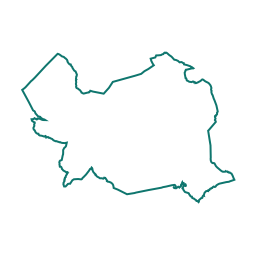 outline of Paracho, Michoacán, Mexico, rotated 344°
{"feature_id": "50627088B94256811005465", "entity_name": "Paracho", "entity_type": "district", "adm_level": 2, "iso_a3": "MEX", "parent_name": "Mexico", "parent_adm1": "Michoacán", "projection": "natural_earth1", "projection_center": [-102.089, 19.654], "detail": "fine", "context": "isolated", "style": "outline", "palette": "teal", "viewbox_px": 256, "rotation_deg": 344, "n_neighbors": 0, "source": "geoboundaries", "source_scale": "gbopen_adm2", "svg_char_len": 5754}
<svg xmlns="http://www.w3.org/2000/svg" viewBox="0 0 256 256"><g transform="rotate(344 128 128)"><path d="M216.0,207.1L216.0,206.7L215.8,206.4L215.4,202.5L214.9,200.3L213.8,199.4L213.5,198.7L212.6,198.6L212.2,197.9L211.9,198.0L211.7,197.9L211.5,197.2L211.2,197.0L210.0,196.8L209.9,196.6L209.7,196.8L208.1,196.5L206.8,196.0L205.6,194.6L202.8,190.4L202.0,188.8L201.4,185.9L200.8,185.3L200.2,185.3L199.6,185.0L199.1,184.4L198.7,183.6L198.6,182.2L198.9,180.5L199.4,179.2L202.5,167.5L204.3,152.7L205.2,152.2L214.1,146.3L214.1,145.3L213.7,144.4L213.9,143.9L214.7,143.2L214.7,142.6L214.6,141.7L214.7,141.0L215.1,140.4L216.0,140.5L216.3,139.8L216.7,139.8L217.4,139.3L217.6,138.8L217.7,138.0L218.1,137.5L218.6,137.2L218.8,136.9L219.2,130.7L218.8,125.4L218.5,123.3L218.4,119.7L218.1,119.0L218.0,117.1L218.1,116.2L218.6,115.4L218.4,114.2L218.7,113.3L219.2,112.6L219.2,110.9L219.0,109.6L218.1,107.4L217.5,106.6L215.3,104.6L214.8,104.0L213.7,102.4L213.1,101.9L212.7,101.8L210.8,102.7L209.3,103.1L208.3,103.2L208.0,103.4L206.0,103.6L205.8,103.4L205.1,103.4L205.1,102.7L204.9,102.4L204.1,102.4L204.0,101.7L203.3,101.2L201.8,101.4L199.6,100.4L198.2,98.9L197.7,98.6L197.6,98.3L197.7,96.8L197.6,96.5L197.4,96.3L197.4,96.0L197.1,95.9L197.5,91.6L197.8,90.3L198.6,89.5L198.9,88.8L199.3,88.5L199.6,88.0L199.9,87.9L200.4,88.1L205.7,88.3L206.5,88.4L206.9,88.7L207.3,88.6L206.0,86.9L205.4,86.6L205.0,85.9L201.9,83.7L199.4,82.3L199.5,81.1L199.0,80.9L197.8,79.5L197.4,79.3L195.7,79.1L194.5,77.2L194.0,76.8L192.8,75.8L191.3,75.1L189.7,71.8L188.9,70.6L187.9,69.5L186.4,67.1L185.7,66.2L185.2,66.1L184.7,66.2L184.3,65.7L183.9,65.7L183.0,66.1L182.3,66.7L181.3,66.6L179.8,67.0L177.1,66.5L175.1,66.0L173.7,67.7L168.9,67.6L168.9,69.9L169.5,73.1L170.1,74.8L163.8,76.9L159.5,77.9L155.6,79.6L149.0,79.7L126.1,79.5L120.8,84.1L114.1,88.3L104.3,83.3L102.0,81.8L100.8,82.9L100.3,82.7L99.9,83.0L98.6,82.8L94.9,82.7L93.9,82.0L93.0,81.0L93.1,80.6L92.2,78.3L91.4,77.4L90.8,76.4L89.6,75.4L89.4,74.1L90.0,73.2L90.0,71.8L90.2,70.9L90.8,69.9L91.1,67.8L91.8,67.2L91.5,66.5L92.0,65.4L92.4,64.3L92.6,64.1L92.9,64.0L93.6,62.6L93.2,59.2L92.2,58.1L92.0,57.6L91.2,54.9L91.2,53.9L90.6,52.9L90.6,51.9L90.3,51.6L90.3,51.0L89.6,50.9L88.9,49.9L88.6,49.1L88.1,47.5L88.3,47.1L88.2,45.8L87.4,44.2L86.5,43.1L86.1,42.3L85.6,41.8L84.2,40.9L83.3,39.6L82.4,38.5L81.5,37.7L80.8,37.3L66.2,45.5L52.5,53.8L49.4,55.5L47.6,56.3L41.0,60.4L39.4,61.2L36.8,62.2L39.8,75.7L41.6,84.8L41.9,85.3L42.7,86.0L43.0,86.8L43.1,88.5L43.6,89.5L44.7,91.9L46.7,93.1L47.0,94.0L47.9,95.2L48.7,96.0L50.0,96.8L50.7,97.6L48.5,96.9L47.6,96.4L45.7,94.8L44.7,94.5L43.6,93.9L43.3,94.0L42.9,94.6L42.5,94.6L40.8,92.8L39.7,93.4L37.7,93.0L37.7,94.6L39.1,96.4L39.8,96.8L39.8,97.1L39.8,97.5L38.8,98.6L38.6,99.4L38.6,100.1L37.1,101.8L37.0,102.2L37.0,103.6L37.4,104.0L37.7,104.6L37.9,106.2L38.3,107.3L39.3,108.5L40.3,108.8L40.3,109.5L40.5,110.2L41.0,110.8L43.0,111.7L45.2,113.2L45.8,113.2L46.2,112.9L46.5,112.9L46.7,113.3L46.7,114.6L48.6,114.6L49.3,115.7L50.0,115.8L50.6,116.5L52.1,117.7L53.0,119.3L54.8,120.8L55.8,121.0L56.1,121.4L57.9,122.5L58.1,122.8L59.0,123.0L59.2,123.3L60.4,124.1L61.4,124.5L63.2,125.1L65.1,125.2L63.4,128.3L62.4,129.1L61.2,129.6L59.6,131.3L58.9,133.8L58.3,135.5L57.7,136.3L55.5,140.5L55.2,140.6L53.9,140.6L53.2,141.0L52.5,142.0L52.4,143.5L52.0,144.3L52.0,145.7L51.8,146.1L51.8,146.4L52.6,146.6L52.9,146.8L53.2,147.5L53.2,148.3L53.3,148.6L53.2,149.2L53.7,150.0L54.1,151.0L56.2,153.1L56.3,153.5L57.6,153.7L57.6,154.4L57.7,154.5L57.3,154.7L56.9,154.6L56.8,155.2L56.4,155.8L55.3,156.6L54.7,157.6L54.7,157.9L53.7,158.3L53.3,159.6L52.9,159.9L52.7,160.5L52.5,160.3L52.2,161.0L52.2,161.6L50.9,162.9L50.8,163.5L50.4,164.1L50.4,164.4L50.5,164.7L50.4,165.3L50.5,166.6L51.9,167.0L54.9,165.2L56.6,165.4L57.0,165.6L60.1,162.9L61.9,162.4L66.0,163.3L68.6,164.4L69.1,164.5L69.7,164.3L70.7,163.4L71.5,163.1L74.8,161.2L79.0,158.1L80.1,157.0L80.7,156.9L81.1,157.2L82.1,156.0L82.4,156.5L82.5,157.2L82.3,159.2L82.5,160.5L82.6,161.0L83.4,162.5L83.4,162.9L83.8,163.2L83.8,164.1L84.2,164.1L84.5,165.5L85.1,166.4L86.2,167.4L87.2,168.6L89.0,169.1L90.2,169.9L90.6,169.8L91.3,169.3L91.4,169.2L92.4,169.7L92.4,170.2L92.9,171.1L93.0,171.7L93.4,172.8L93.1,173.3L93.9,174.1L94.9,174.5L96.4,175.6L97.5,177.1L97.8,177.9L98.0,178.8L97.9,180.5L97.7,181.7L101.1,184.3L108.8,191.4L116.2,192.3L118.1,192.3L130.5,193.3L143.7,194.6L145.3,194.5L148.4,194.8L154.2,195.1L157.0,195.5L157.4,195.8L157.8,196.8L157.8,197.3L157.5,198.0L157.0,198.3L156.0,198.1L155.7,197.7L155.6,197.8L155.9,198.5L157.6,199.2L160.1,198.3L160.7,199.1L160.8,198.9L162.3,199.0L162.7,198.7L162.9,198.1L163.0,198.1L163.0,197.9L163.5,197.7L163.5,197.0L163.7,196.9L164.3,197.0L164.5,196.8L164.4,196.5L164.7,196.0L164.8,196.2L165.0,196.1L164.9,195.6L165.2,195.3L165.2,196.0L166.2,196.2L166.1,196.6L166.2,196.9L165.9,197.3L165.9,197.6L166.0,197.9L166.5,198.1L166.3,198.5L167.0,198.2L166.9,197.7L167.6,197.8L167.8,198.1L167.8,198.3L167.4,198.4L167.3,198.7L167.8,198.9L167.8,199.2L167.7,199.5L167.4,199.6L167.2,199.6L166.1,198.8L165.5,199.0L163.7,201.1L164.3,202.0L164.2,202.6L164.9,204.7L165.2,205.3L168.1,207.2L168.5,207.7L168.5,208.3L168.6,209.0L169.0,209.5L169.2,210.7L169.6,211.2L170.5,211.6L170.5,213.0L172.0,214.1L172.2,214.6L173.6,216.2L173.7,217.0L174.7,217.4L175.4,218.7L175.9,218.3L176.2,217.0L179.0,215.6L179.8,215.7L180.2,215.6L180.4,215.4L180.4,215.0L180.8,214.4L181.5,213.8L181.9,213.6L182.3,213.9L182.3,213.5L183.8,211.3L185.8,210.2L187.2,210.5L187.6,210.7L187.8,210.0L188.4,209.9L189.1,210.1L189.5,209.5L190.5,209.0L191.0,209.2L191.6,208.8L192.1,208.8L192.4,208.9L192.7,208.7L193.0,208.3L194.2,207.9L194.7,208.2L194.9,208.5L195.6,208.6L196.0,208.5L197.2,207.5L198.8,207.0L200.4,206.7L207.6,207.1L210.2,207.5L211.5,207.3L212.1,207.3L216.0,207.1Z" fill="none" stroke="#0f766e" stroke-width="2"/></g></svg>